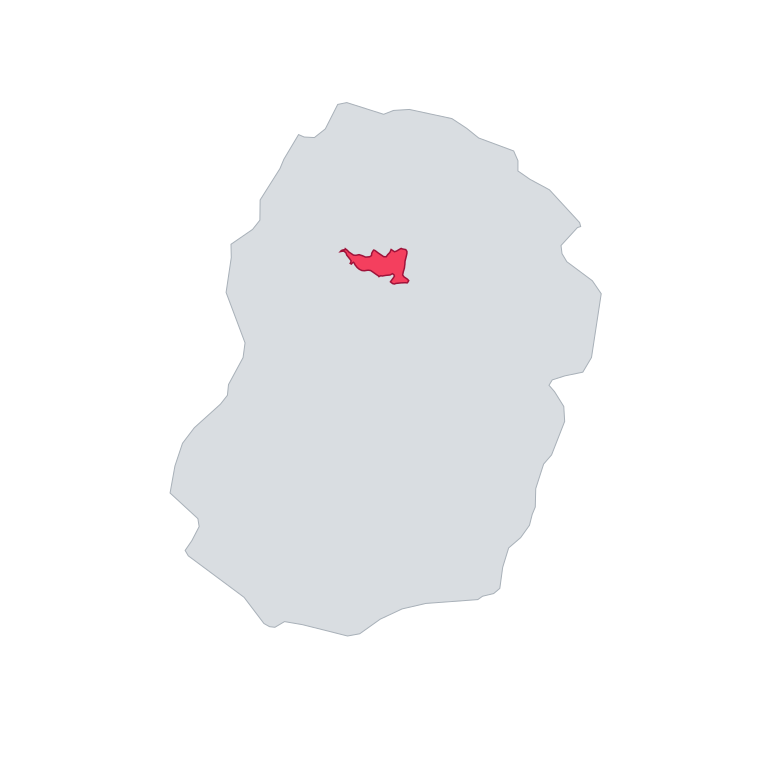 location of Kruševo within North Macedonia, rotated 124°
{"feature_id": "MKD-2942", "entity_name": "Kruševo", "entity_type": "Statistical Region", "adm_level": 1, "iso_a3": "MKD", "parent_name": "North Macedonia", "parent_adm1": "", "projection": "orthographic", "projection_center": [21.26, 41.341], "detail": "fine", "context": "in_parent", "style": "filled", "palette": "rose", "viewbox_px": 768, "rotation_deg": 124, "n_neighbors": 0, "source": "natural_earth", "source_scale": "10m", "svg_char_len": 2321}
<svg xmlns="http://www.w3.org/2000/svg" viewBox="0 0 768 768"><g transform="rotate(124 384 384)"><path d="M349.6,205.5L361.1,206.9L385.9,199.7L401.4,189.8L409.3,188.2L419.8,184.4L434.9,184.8L450.2,189.0L469.6,183.1L488.7,173.7L496.4,175.9L504.8,183.6L510.3,185.7L542.6,226.7L560.3,243.2L581.0,255.6L604.7,264.5L613.3,273.3L629.1,317.0L636.6,333.6L646.7,338.4L649.2,343.2L649.7,349.6L639.1,380.7L635.9,450.2L633.2,455.8L621.3,455.7L605.6,457.5L599.7,463.0L594.0,500.4L568.8,511.5L545.8,517.9L526.3,516.8L492.1,508.3L480.9,507.5L471.4,512.6L440.9,515.6L427.6,522.2L396.4,566.1L364.6,581.3L353.7,589.0L329.3,579.4L317.6,578.5L300.7,589.6L263.6,590.7L253.6,592.7L225.0,594.3L223.9,588.3L218.6,579.5L205.3,575.3L178.1,578.7L171.5,572.2L160.6,535.1L151.9,529.1L142.2,516.5L126.0,476.1L125.8,458.4L127.1,443.1L118.3,406.8L124.0,397.8L132.5,392.1L132.7,377.5L130.5,355.4L140.8,312.1L143.5,309.0L146.1,311.1L170.2,314.7L176.4,309.3L180.4,300.8L181.9,269.0L187.7,254.4L246.0,226.8L263.0,225.8L276.1,238.6L286.5,246.8L292.8,246.5L295.0,238.3L302.1,222.4L314.0,213.3L349.2,205.4L349.6,205.5Z" fill="#d9dde1" stroke="#a8b0b8" stroke-width="1"/><path d="M286.4,421.2L287.2,421.3L288.2,423.1L290.7,426.5L294.0,430.4L295.2,431.2L295.9,432.8L295.9,433.8L295.7,435.8L292.6,435.7L290.8,435.6L288.7,435.7L287.9,436.8L287.8,438.7L290.2,439.9L292.9,443.2L295.4,445.8L296.1,447.3L297.8,448.2L297.5,449.0L297.5,451.8L297.4,455.9L297.4,458.5L298.4,460.6L299.3,461.7L301.0,463.5L302.3,465.8L302.7,468.7L302.4,471.5L301.8,473.3L301.3,474.9L300.6,475.8L300.2,477.4L301.3,477.9L302.8,478.1L302.9,479.5L301.9,479.6L300.3,480.1L299.5,482.1L298.0,486.9L296.5,489.0L296.3,491.6L297.4,493.0L298.6,494.2L297.2,494.0L295.8,493.0L294.5,491.5L293.5,491.8L293.7,488.9L294.2,487.1L294.2,483.6L294.2,481.3L293.0,479.2L290.7,477.0L289.7,473.6L289.1,470.2L286.5,467.0L284.5,466.2L282.5,467.3L280.3,467.5L278.8,467.5L278.4,466.5L278.4,464.9L278.6,462.3L278.6,458.6L278.6,455.4L277.2,453.3L274.8,453.3L271.6,452.7L268.5,453.3L268.5,451.4L268.5,449.3L266.9,448.0L263.5,446.4L262.0,445.6L261.8,444.4L260.4,441.1L260.9,440.0L261.2,439.2L262.8,438.1L264.7,437.3L268.0,436.1L270.5,435.2L273.5,433.4L273.8,433.3L276.5,431.9L280.3,430.7L283.2,429.5L284.0,427.3L284.0,424.8L284.0,423.1L284.5,421.3L286.4,421.2Z" fill="#f43f5e" stroke="#9f1239" stroke-width="1.5"/></g></svg>